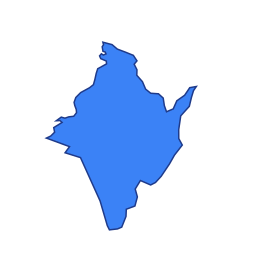 outline of Galini, Cyprus, rotated 337°
{"feature_id": "46923920B41086018803178", "entity_name": "Galini", "entity_type": "district", "adm_level": 2, "iso_a3": "CYP", "parent_name": "Cyprus", "parent_adm1": "", "projection": "orthographic", "projection_center": [32.781, 35.132], "detail": "fine", "context": "isolated", "style": "filled", "palette": "blue", "viewbox_px": 256, "rotation_deg": 337, "n_neighbors": 0, "source": "geoboundaries", "source_scale": "gbopen_adm2", "svg_char_len": 1108}
<svg xmlns="http://www.w3.org/2000/svg" viewBox="0 0 256 256"><g transform="rotate(337 128 128)"><path d="M48.9,105.4L66.9,122.3L60.4,126.2L72.7,136.7L73.8,184.3L70.8,209.8L71.1,214.5L78.9,216.8L83.5,216.8L91.6,208.6L94.7,202.1L103.9,202.5L109.7,195.1L110.8,187.0L118.9,181.2L126.6,189.3L132.0,188.9L139.7,185.4L152.1,177.3L160.2,171.1L164.7,168.6L171.3,164.9L170.6,157.6L174.0,149.4L181.3,137.4L192.9,132.0L198.3,124.7L202.9,119.2L207.1,116.5L200.6,115.0L197.1,117.3L192.9,120.0L183.6,122.0L177.1,128.1L169.8,128.1L170.2,121.6L172.1,114.2L169.4,108.4L162.5,104.9L159.4,99.1L159.4,91.0L156.7,82.9L159.0,77.9L158.6,71.7L162.5,69.7L161.3,63.2L155.1,57.0L149.0,51.2L145.9,45.0L138.4,39.2L138.0,41.8L136.0,43.1L134.9,47.6L136.7,49.2L136.7,51.2L133.8,51.2L132.5,49.3L130.0,50.5L130.0,53.5L134.2,57.9L133.3,60.6L123.3,61.6L120.1,65.3L116.4,70.5L113.1,74.6L108.4,75.9L98.3,76.9L91.9,79.5L88.4,83.3L87.8,86.4L87.6,90.7L86.6,93.8L82.6,96.0L77.9,94.6L73.8,94.3L70.8,91.9L64.8,93.3L68.3,94.6L69.5,97.1L66.5,97.6L59.8,98.6L58.8,103.2L53.7,105.2L48.9,105.4Z" fill="#3b82f6" stroke="#1e3a8a" stroke-width="1.5"/></g></svg>